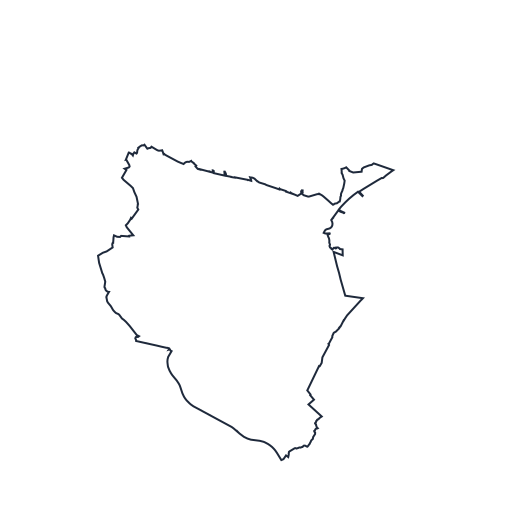 the district of Breda, Noord-Brabant, Netherlands, rotated 221°
{"feature_id": "6326949B29161299179415", "entity_name": "Breda", "entity_type": "district", "adm_level": 2, "iso_a3": "NLD", "parent_name": "Netherlands", "parent_adm1": "Noord-Brabant", "projection": "natural_earth1", "projection_center": [4.749, 51.564], "detail": "fine", "context": "isolated", "style": "outline", "palette": "slate", "viewbox_px": 512, "rotation_deg": 221, "n_neighbors": 0, "source": "geoboundaries", "source_scale": "gbopen_adm2", "svg_char_len": 6034}
<svg xmlns="http://www.w3.org/2000/svg" viewBox="0 0 512 512"><g transform="rotate(221 256 256)"><path d="M147.6,294.3L162.6,284.6L176.6,293.7L182.2,297.7L188.1,301.5L200.1,310.0L191.0,313.4L195.0,317.8L197.2,316.3L197.9,316.5L199.6,316.3L199.8,316.2L201.0,315.0L200.6,314.4L200.8,314.0L201.0,313.9L201.6,314.3L202.2,313.5L202.6,313.3L202.7,312.7L202.6,311.7L202.8,310.9L203.6,310.8L204.4,311.2L205.7,311.0L207.0,311.7L207.3,312.1L207.4,312.9L207.7,313.2L209.4,314.1L210.7,315.7L211.5,316.4L212.5,317.2L214.1,317.9L216.0,319.0L216.4,319.5L215.6,320.4L215.1,320.5L214.9,320.9L215.0,321.2L215.3,321.4L218.0,318.8L218.8,318.3L220.1,317.9L220.6,320.0L220.7,320.8L220.6,321.6L220.2,322.6L218.9,324.5L218.4,325.4L218.1,326.7L218.1,327.7L218.3,328.6L218.7,329.5L219.6,330.7L220.9,331.7L222.8,332.5L223.0,334.7L222.8,334.7L222.8,335.2L223.0,335.2L223.8,344.5L222.4,344.6L221.1,344.9L218.6,345.9L217.8,346.0L217.7,346.2L217.8,346.3L217.9,346.6L221.6,345.5L222.6,345.4L224.0,345.6L224.1,349.1L223.8,355.1L223.3,360.4L222.4,366.0L221.2,371.4L215.0,371.0L215.0,371.6L220.3,372.2L218.9,377.1L214.1,392.2L212.3,397.4L211.6,397.8L211.2,398.4L210.7,402.1L209.3,408.5L208.7,410.8L225.0,404.3L227.9,403.1L228.2,402.0L228.4,400.7L230.0,398.7L232.6,393.9L232.8,393.5L233.2,391.4L232.5,390.2L231.6,388.9L237.4,382.8L241.3,381.4L241.5,381.7L246.1,382.1L246.4,381.2L247.2,379.7L248.2,378.2L248.6,377.8L245.8,375.0L245.8,374.8L243.9,374.1L241.0,372.1L238.5,371.0L236.9,368.5L234.7,364.5L234.1,362.7L233.7,362.2L233.0,359.7L232.4,358.3L231.4,357.3L231.1,356.1L229.6,354.0L228.7,352.4L228.6,352.0L228.9,351.8L229.5,348.9L230.9,347.2L231.1,346.6L231.1,346.2L231.5,345.2L234.0,345.1L237.8,345.2L243.9,345.2L245.9,345.1L248.9,344.5L248.7,344.2L249.8,343.5L250.6,342.5L254.8,335.9L255.3,335.3L255.9,334.9L259.8,333.2L261.8,333.1L262.1,333.2L262.6,334.8L263.8,335.6L263.9,336.0L264.3,335.8L264.1,335.4L264.0,335.0L264.4,334.5L264.2,334.2L263.3,333.5L263.1,332.7L262.9,332.6L264.0,328.7L270.6,326.6L271.2,326.6L271.1,326.4L270.6,326.3L275.5,324.3L275.7,324.7L276.2,324.6L281.7,322.3L282.3,322.3L281.9,321.6L285.3,320.3L294.7,316.4L296.2,316.1L301.1,313.9L302.2,313.5L304.0,313.4L304.1,313.2L307.9,313.4L309.8,312.9L310.7,312.4L311.4,311.8L312.0,311.5L309.4,310.1L308.9,309.6L309.8,309.2L310.1,309.1L312.3,308.0L312.3,307.9L312.5,307.9L312.8,307.7L323.4,301.6L323.2,301.4L324.6,300.5L326.6,299.3L326.8,299.4L331.1,296.9L332.4,298.1L333.0,298.4L334.2,299.0L334.8,298.7L335.1,299.0L335.2,298.9L332.4,296.1L342.3,290.8L343.6,292.4L344.5,292.2L344.6,292.3L344.8,292.2L343.7,291.0L343.7,290.7L343.8,290.4L346.3,289.1L347.2,289.9L346.8,288.9L355.3,284.7L355.0,284.5L357.1,283.5L360.4,283.9L360.4,285.0L363.8,285.1L363.9,285.3L367.0,285.0L367.3,285.2L368.2,283.2L369.8,281.9L370.4,281.0L370.9,279.6L371.0,277.9L372.5,277.4L373.3,277.1L377.0,275.9L389.4,273.1L391.4,272.7L392.3,272.9L392.6,272.8L392.8,272.6L392.8,272.3L395.3,273.8L395.5,273.7L396.2,274.2L397.6,272.5L398.6,271.6L399.3,271.3L400.3,271.0L406.6,269.9L406.5,268.4L407.7,267.0L408.4,265.7L413.2,266.8L413.5,265.6L414.7,264.7L415.3,263.0L415.8,260.7L415.5,260.7L415.1,258.5L414.6,257.5L413.5,255.9L413.4,255.1L413.4,254.9L415.8,254.4L415.6,252.7L414.9,251.1L416.8,251.5L416.9,251.2L419.4,250.9L419.9,250.6L417.4,243.3L417.2,243.6L411.3,241.5L410.1,240.6L410.1,239.3L412.4,235.7L410.2,235.9L408.5,227.1L405.9,226.6L396.7,226.7L393.4,226.5L389.7,224.4L385.0,222.3L379.1,217.8L379.1,217.4L378.4,216.5L377.3,214.6L375.3,213.8L374.3,202.6L375.3,202.7L374.7,200.7L374.2,196.5L374.4,193.8L372.4,192.9L362.2,191.1L365.1,188.0L365.2,187.7L364.7,187.4L371.0,182.7L371.1,181.2L373.4,179.4L376.7,178.4L375.8,176.7L372.5,172.3L372.8,172.1L372.6,171.3L372.0,170.3L369.8,168.4L371.7,161.5L373.7,158.0L375.4,152.6L369.9,147.9L360.6,142.1L359.4,141.7L356.1,139.8L352.9,137.7L350.2,133.4L349.8,133.0L349.4,132.8L348.8,132.8L348.3,132.5L347.6,131.9L346.7,131.6L345.4,131.6L344.5,131.8L343.9,132.0L343.4,132.4L342.6,128.3L342.5,127.9L341.9,127.0L342.0,126.9L341.7,126.5L340.8,125.9L338.5,124.1L336.9,123.6L332.6,122.9L328.6,121.5L327.5,121.3L325.5,121.1L324.2,121.1L321.7,121.9L320.6,121.9L316.2,120.9L313.7,121.1L310.9,121.0L305.4,120.3L294.1,118.1L291.7,118.7L291.9,117.6L293.3,116.3L293.5,115.9L293.1,114.7L291.4,113.9L290.7,113.2L272.3,123.2L267.7,125.6L263.3,128.0L262.9,128.4L261.1,129.3L260.8,129.3L260.5,128.9L260.4,128.2L260.0,128.9L259.5,129.0L258.5,128.5L257.3,128.8L256.1,122.3L255.0,120.1L253.7,118.3L252.6,117.2L250.5,115.3L249.6,114.6L246.1,112.8L243.1,111.7L240.8,111.1L234.1,110.0L230.5,109.0L228.7,108.3L226.9,107.3L221.5,104.1L218.1,102.6L216.1,102.0L213.7,101.5L209.6,101.2L207.8,101.2L204.7,101.5L162.2,111.0L159.8,111.2L154.9,111.2L155.0,111.4L152.2,111.2L146.5,111.6L142.7,112.6L139.4,114.0L131.9,119.0L128.3,120.8L127.0,121.2L123.6,122.0L121.0,122.3L118.5,122.4L116.0,122.2L114.0,121.9L110.9,121.1L103.0,118.6L102.2,120.2L102.0,121.0L102.5,125.2L99.8,125.4L101.0,127.6L101.4,128.1L101.7,128.3L102.0,128.9L102.6,129.7L102.6,130.0L102.5,130.6L100.7,136.2L100.4,136.6L100.0,137.0L99.2,137.2L98.3,138.6L97.8,139.7L97.4,140.2L96.6,140.7L96.2,141.7L95.6,142.4L95.6,143.2L95.6,143.8L95.4,144.4L94.5,145.1L92.4,145.6L92.1,145.8L92.1,147.3L92.3,148.8L92.2,149.4L92.7,150.8L92.8,151.7L93.2,152.6L93.3,153.5L93.1,155.2L94.1,156.9L94.6,160.4L95.6,161.6L96.8,161.7L97.3,162.2L97.1,162.9L97.5,164.3L97.4,164.9L97.2,165.4L96.5,166.2L96.4,166.5L97.7,166.5L98.3,167.0L99.5,167.6L100.1,168.2L101.5,168.3L101.8,168.8L101.8,169.3L101.6,169.6L102.3,171.0L102.1,171.7L102.4,172.5L102.0,173.1L102.1,173.6L101.7,174.4L101.8,175.4L101.1,178.0L119.0,178.4L118.0,185.6L123.8,186.5L123.8,187.1L124.2,187.3L129.1,188.2L136.2,214.2L135.7,214.3L135.6,214.6L136.3,218.4L139.4,223.1L142.5,236.8L143.3,237.1L143.2,237.2L143.5,237.8L144.3,241.2L145.0,244.4L145.1,244.8L145.9,245.6L146.9,248.9L146.8,249.5L146.1,251.3L145.9,254.6L145.8,255.2L145.9,256.5L146.1,258.0L146.2,257.9L146.2,258.1L146.0,258.4L147.6,264.8L147.4,264.8L147.9,267.8L148.3,271.0L147.8,291.2L147.7,292.1L147.6,294.3Z" fill="none" stroke="#1e293b" stroke-width="2"/></g></svg>